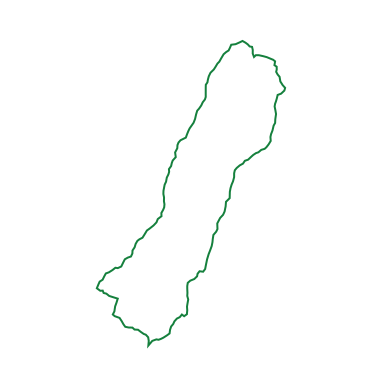 outline of Pacaembu, São Paulo, Brazil, rotated 20°
{"feature_id": "56859067B55834981696597", "entity_name": "Pacaembu", "entity_type": "district", "adm_level": 2, "iso_a3": "BRA", "parent_name": "Brazil", "parent_adm1": "São Paulo", "projection": "robinson", "projection_center": [-51.275, -21.497], "detail": "fine", "context": "isolated", "style": "outline", "palette": "green", "viewbox_px": 384, "rotation_deg": 20, "n_neighbors": 0, "source": "geoboundaries", "source_scale": "gbopen_adm2", "svg_char_len": 2762}
<svg xmlns="http://www.w3.org/2000/svg" viewBox="0 0 384 384"><g transform="rotate(20 192 192)"><path d="M203.5,351.2L205.6,345.5L208.9,342.7L211.1,342.3L213.1,340.6L214.9,338.7L217.5,335.3L219.3,332.6L218.5,329.0L218.4,325.5L219.5,322.5L219.7,319.6L221.1,316.1L223.3,313.8L224.4,310.6L227.1,311.4L229.0,308.6L228.0,304.8L226.5,301.4L225.9,298.3L225.2,294.3L223.1,291.3L222.2,288.3L220.7,284.7L219.7,282.0L219.1,278.8L220.7,275.9L223.9,273.0L225.6,269.5L225.2,266.9L226.2,263.9L229.7,263.1L230.7,259.9L230.1,256.2L229.2,250.1L228.9,244.7L229.0,241.2L229.0,236.1L228.4,232.2L227.6,229.1L226.8,225.0L228.3,221.0L228.6,218.1L227.5,215.4L226.5,212.9L227.3,206.8L229.0,202.8L229.3,199.2L228.5,193.9L227.3,189.6L229.5,184.9L227.5,178.9L226.9,175.3L226.7,171.5L226.9,168.0L226.5,163.6L225.2,160.0L224.8,156.9L225.8,154.1L227.8,150.6L230.2,147.9L231.0,144.6L233.7,142.4L235.7,138.4L236.9,136.2L238.8,133.6L240.8,132.0L242.7,128.7L245.5,126.6L246.6,124.5L247.7,121.1L248.5,117.1L246.9,113.5L246.5,110.6L246.6,106.7L246.0,101.7L246.5,98.7L245.4,95.2L244.3,90.0L242.3,86.5L240.4,83.4L239.9,80.7L239.9,78.1L239.7,75.1L239.3,71.5L242.1,69.1L244.1,65.1L243.9,62.3L240.7,60.6L237.2,57.9L234.9,53.8L232.3,52.3L230.0,50.3L229.7,47.8L228.7,45.3L226.1,44.6L225.4,40.8L223.0,40.0L220.6,39.9L216.2,39.7L212.5,40.0L208.0,40.6L205.2,41.6L204.1,43.9L201.7,41.1L200.5,37.7L198.8,35.1L196.4,35.5L193.9,34.2L191.2,33.4L187.8,32.8L185.6,35.1L182.4,38.2L178.5,40.2L178.3,43.8L178.0,46.5L176.3,48.7L174.6,51.7L173.7,56.5L173.1,60.2L172.0,62.6L171.3,66.3L170.6,69.4L168.6,73.6L168.2,77.5L168.5,80.9L169.0,83.7L168.3,86.5L169.2,89.2L171.0,94.2L172.4,98.0L172.5,100.6L171.4,104.0L171.1,107.5L170.1,111.3L169.1,113.8L169.3,117.6L169.9,122.3L169.8,126.4L168.0,133.1L167.7,136.2L167.6,139.4L167.6,143.0L163.5,147.3L162.4,150.1L162.3,152.9L163.2,155.9L162.6,160.6L164.8,164.8L163.1,169.0L163.1,171.7L163.5,174.8L162.5,178.4L163.6,180.8L163.8,183.5L163.4,187.1L164.1,191.2L163.8,194.5L164.8,200.7L165.8,203.7L167.6,206.7L168.8,210.3L170.3,212.9L171.1,215.9L171.0,218.6L170.4,222.2L171.6,225.2L169.1,229.1L169.0,232.7L167.3,236.6L164.6,241.0L162.8,243.6L161.8,248.7L161.1,251.9L158.7,254.5L157.4,256.6L156.8,260.0L157.0,263.6L156.1,267.3L157.0,270.2L156.7,273.5L154.1,275.6L151.9,278.2L151.5,281.5L151.0,286.2L148.3,288.9L145.9,289.4L144.0,292.5L141.4,295.9L138.9,298.0L138.4,301.2L138.0,305.0L135.9,307.8L135.7,310.4L135.5,315.0L139.6,316.2L141.8,315.2L143.5,317.1L146.3,316.8L149.7,318.0L154.5,317.8L158.7,317.6L158.9,322.0L158.9,325.8L159.9,330.7L159.5,334.2L161.8,335.1L167.0,335.1L170.1,337.4L172.9,339.8L175.4,341.5L178.8,341.0L182.4,339.8L185.0,340.9L188.4,339.9L191.5,340.9L195.2,341.9L197.4,341.9L200.5,343.5L202.3,346.7L203.5,351.2Z" fill="none" stroke="#15803d" stroke-width="2"/></g></svg>